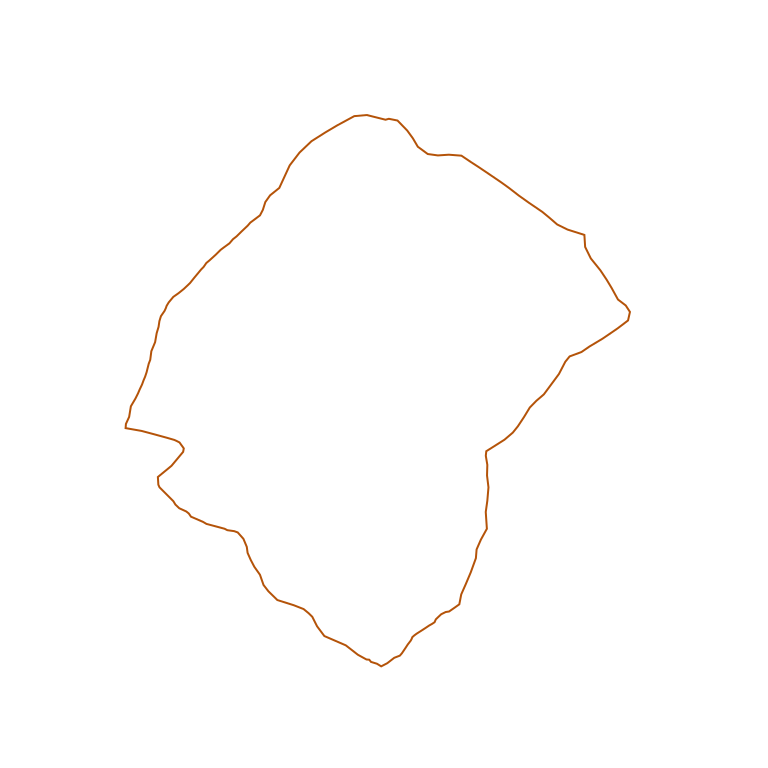 outline of Toetsho, Tashi Yangtse, Bhutan, rotated 66°
{"feature_id": "84629894B2316298414360", "entity_name": "Toetsho", "entity_type": "district", "adm_level": 2, "iso_a3": "BTN", "parent_name": "Bhutan", "parent_adm1": "Tashi Yangtse", "projection": "orthographic", "projection_center": [91.605, 27.504], "detail": "fine", "context": "isolated", "style": "outline", "palette": "amber", "viewbox_px": 768, "rotation_deg": 66, "n_neighbors": 0, "source": "geoboundaries", "source_scale": "gbopen_adm2", "svg_char_len": 2397}
<svg xmlns="http://www.w3.org/2000/svg" viewBox="0 0 768 768"><g transform="rotate(66 384 384)"><path d="M319.2,638.0L328.3,624.5L336.3,614.6L344.9,604.1L349.8,598.3L351.6,596.7L354.2,594.6L361.4,593.1L364.3,595.1L372.3,611.4L376.3,625.9L377.0,628.4L384.2,631.1L387.1,631.1L405.4,624.1L409.3,623.6L414.2,621.6L420.0,616.5L422.9,615.0L426.7,614.3L436.5,605.3L439.6,603.1L451.4,588.5L453.8,586.6L457.5,580.7L460.1,578.0L468.3,575.4L477.0,575.6L482.8,577.3L490.6,577.3L498.3,576.8L507.8,574.9L518.6,575.8L526.4,573.9L538.0,569.3L549.4,556.4L556.9,549.0L562.7,546.1L567.5,544.2L578.1,543.7L590.0,541.0L607.2,525.2L620.7,518.0L628.5,512.1L629.9,509.6L632.6,508.9L636.7,504.2L640.8,501.4L640.4,494.6L638.3,486.0L638.6,480.0L637.3,477.2L633.8,471.6L631.6,468.2L629.4,464.1L628.2,462.5L626.8,461.1L626.0,458.6L625.4,455.9L623.8,445.5L623.0,440.9L622.7,437.7L622.2,434.7L620.1,432.4L619.1,429.7L617.6,425.4L617.4,420.4L618.3,417.1L617.1,410.7L615.9,404.8L607.6,399.0L600.0,390.6L591.4,381.4L580.5,370.9L572.8,366.7L565.6,358.8L558.1,348.9L542.3,343.1L532.7,337.1L520.9,330.6L509.5,327.1L499.9,322.5L491.0,320.2L487.0,317.9L483.9,296.6L480.8,286.1L477.1,278.9L471.1,269.5L464.8,260.4L461.3,251.6L458.5,242.2L453.2,232.8L446.0,220.1L437.4,209.3L434.3,203.2L435.1,190.6L433.3,180.9L431.5,166.0L429.7,156.0L428.2,147.9L425.2,135.2L418.2,130.0L410.6,131.2L402.0,135.9L388.9,137.0L379.2,138.2L368.1,140.1L353.4,144.0L340.6,144.5L329.3,140.3L317.6,153.5L308.7,160.9L298.9,165.5L291.1,169.4L277.7,177.7L266.7,184.2L255.9,190.0L247.8,194.7L236.5,201.7L223.7,209.7L216.5,214.4L206.9,220.4L200.9,231.5L197.1,241.8L191.7,250.5L181.0,256.6L171.3,257.7L161.9,259.7L148.8,264.5L143.7,271.7L143.2,275.1L131.3,290.3L127.2,302.2L128.7,321.5L130.3,335.2L132.7,351.5L138.2,367.0L145.9,381.2L162.3,399.9L165.3,411.3L169.5,418.4L175.6,423.8L179.5,428.7L182.2,440.5L183.9,444.1L186.8,452.3L189.2,458.7L190.3,463.1L192.6,467.9L194.1,474.8L195.0,478.7L197.4,485.0L200.1,493.2L201.2,497.1L203.7,501.2L205.0,504.5L209.6,513.8L212.9,520.2L215.7,528.1L216.8,532.2L217.5,534.9L218.7,541.0L221.9,547.5L224.2,550.8L226.0,552.5L228.0,554.8L231.3,560.2L235.2,563.6L240.1,566.7L245.1,571.0L252.7,576.1L259.4,583.2L266.8,587.7L269.8,590.7L276.7,596.1L280.2,599.3L282.8,602.1L286.0,605.2L289.7,609.5L292.5,612.5L296.2,617.0L298.2,619.8L301.4,624.3L310.4,630.2L315.5,636.0L319.2,638.0Z" fill="none" stroke="#b45309" stroke-width="2"/></g></svg>